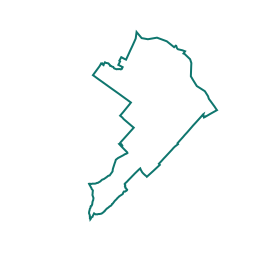 the district of Lipanesti, Prahova, Romania, rotated 127°
{"feature_id": "2599482B42287242425704", "entity_name": "Lipanesti", "entity_type": "district", "adm_level": 2, "iso_a3": "ROU", "parent_name": "Romania", "parent_adm1": "Prahova", "projection": "robinson", "projection_center": [26.047, 45.053], "detail": "fine", "context": "isolated", "style": "outline", "palette": "teal", "viewbox_px": 256, "rotation_deg": 127, "n_neighbors": 0, "source": "geoboundaries", "source_scale": "gbopen_adm2", "svg_char_len": 5224}
<svg xmlns="http://www.w3.org/2000/svg" viewBox="0 0 256 256"><g transform="rotate(127 128 128)"><path d="M46.2,178.9L51.9,175.7L55.3,174.9L59.3,174.0L63.1,173.2L64.6,172.9L69.5,171.8L74.6,170.7L75.0,172.8L75.5,176.0L79.5,175.4L79.6,174.4L83.4,173.7L82.6,168.9L84.0,168.6L84.0,168.8L84.5,168.8L84.9,168.8L85.2,168.9L85.4,168.9L85.5,169.0L85.9,170.0L86.1,170.3L86.9,171.3L87.5,172.1L87.9,172.4L88.0,172.6L88.1,172.9L88.3,173.6L88.6,174.5L88.7,174.9L88.7,175.1L88.4,175.7L88.3,176.1L88.1,176.5L88.6,177.7L88.6,178.7L88.6,178.9L88.7,179.1L89.0,179.4L89.1,179.5L89.1,179.8L88.8,180.3L88.6,180.4L88.6,180.5L88.5,180.8L88.5,181.2L88.5,181.3L88.5,181.5L88.3,181.8L88.3,182.0L88.2,182.4L88.2,182.5L88.3,182.6L88.3,182.8L88.5,183.2L88.9,184.1L89.2,184.6L89.3,185.0L89.4,185.4L89.4,185.9L90.7,185.8L91.3,185.8L91.6,185.7L92.1,185.5L92.5,185.4L92.5,186.8L91.9,186.8L91.9,187.5L92.6,187.5L92.7,188.3L93.5,188.2L93.9,188.1L95.2,188.0L95.7,187.9L105.9,187.8L106.9,187.8L106.8,181.0L106.4,164.7L106.3,161.3L106.2,157.6L105.9,141.0L107.6,141.0L118.2,141.4L122.9,141.7L122.9,140.5L123.0,140.3L123.0,140.1L123.0,139.8L123.0,139.3L123.0,138.9L123.1,138.7L123.2,138.2L123.3,137.6L123.4,137.2L123.5,136.9L124.3,123.6L126.6,123.8L129.9,124.1L133.5,124.4L142.7,125.2L143.7,125.3L144.8,125.3L145.0,123.3L145.5,123.4L145.7,121.8L146.3,121.9L145.9,125.4L146.1,125.5L146.8,121.6L147.9,114.0L148.3,113.4L149.0,113.6L150.6,114.5L150.9,114.8L151.1,114.9L151.4,115.0L152.0,115.1L154.4,116.2L158.0,117.9L158.8,118.1L160.7,118.6L162.8,117.8L164.2,117.4L165.9,116.8L168.5,115.9L169.9,115.4L171.5,114.5L172.0,114.2L176.5,114.1L177.0,114.1L177.5,114.6L178.0,114.9L178.4,115.1L178.9,115.2L179.7,115.4L180.3,115.5L180.6,115.7L181.4,115.9L182.5,116.3L183.2,116.5L183.7,116.8L183.9,116.9L184.3,117.2L184.7,117.5L185.1,117.6L185.5,117.7L187.4,118.0L187.8,118.2L188.8,118.6L189.4,118.9L190.1,119.1L190.5,119.7L191.0,120.0L191.4,120.2L191.7,120.3L192.0,120.6L192.2,120.8L192.6,121.2L193.0,121.7L193.9,123.0L194.1,123.1L194.3,123.2L194.6,123.4L195.1,124.3L195.6,125.1L196.0,125.5L196.3,125.0L196.7,124.0L197.0,123.3L197.4,122.5L197.8,121.5L197.9,121.2L198.1,121.0L198.4,120.5L198.6,120.2L198.7,119.6L198.8,119.1L199.0,118.7L199.2,118.3L200.0,117.9L200.8,117.4L201.2,117.1L202.0,116.6L202.6,116.3L203.0,116.0L203.5,115.2L203.9,114.7L204.1,114.3L204.3,114.0L204.5,113.7L204.7,113.4L204.9,113.3L205.7,112.9L206.2,112.6L206.6,112.4L206.9,112.3L207.4,112.2L207.9,112.1L209.2,111.4L209.5,111.3L210.0,110.9L210.4,110.7L211.2,110.5L211.8,110.3L212.1,110.3L212.7,110.7L212.9,110.7L213.1,110.7L213.7,110.2L213.9,110.1L214.1,110.0L214.6,109.9L215.0,109.9L215.4,109.9L215.8,109.7L216.8,109.2L217.7,108.9L217.9,108.8L218.1,108.7L218.8,108.3L219.1,108.1L219.3,108.0L219.7,107.6L220.4,106.4L220.7,106.1L221.0,105.7L221.4,105.3L221.6,105.3L221.8,105.1L222.4,104.5L222.5,104.4L223.0,104.2L223.2,103.9L223.3,103.4L223.6,103.1L223.0,103.1L222.4,103.3L221.4,103.3L221.1,103.3L220.9,103.2L220.3,102.9L220.1,103.0L219.8,103.1L217.2,103.6L216.6,103.7L216.6,103.0L216.5,102.3L216.4,101.8L216.2,101.7L216.0,101.4L215.9,101.2L215.4,100.5L215.2,100.3L214.9,100.2L214.2,99.5L213.8,98.9L213.7,98.9L213.3,98.5L212.5,97.8L212.3,97.6L212.1,97.5L211.4,97.4L211.1,97.2L210.5,97.1L210.0,96.9L209.4,96.8L209.0,96.8L208.8,96.8L208.5,96.6L208.3,96.7L208.0,96.7L207.3,96.6L206.7,96.6L206.4,96.6L206.1,96.5L205.4,96.4L204.7,96.3L203.7,95.9L203.3,95.8L202.3,95.6L202.0,95.6L201.7,95.5L200.4,94.9L199.5,94.8L199.3,94.8L199.0,94.8L198.5,94.9L198.3,95.0L198.0,94.8L197.7,94.7L197.0,94.7L196.6,94.7L196.1,94.7L195.7,94.7L194.9,94.7L194.1,94.7L191.6,94.3L191.2,94.3L190.4,94.3L189.1,94.0L188.5,94.0L188.2,93.9L187.9,93.9L184.6,92.7L183.9,92.5L183.7,92.5L182.9,92.8L182.4,93.0L182.0,93.0L181.1,93.0L180.6,92.1L180.2,92.0L179.7,91.8L179.1,91.5L178.7,91.4L178.0,91.4L177.8,91.5L177.7,91.6L177.7,92.1L177.7,92.3L177.7,92.5L177.7,92.8L177.5,93.0L177.4,93.3L177.3,93.5L177.4,93.8L177.2,94.0L177.2,94.3L177.1,94.5L176.9,94.7L176.7,94.6L176.5,94.9L176.4,95.0L176.3,95.5L176.0,95.6L175.6,95.6L175.4,95.8L175.2,95.9L175.1,96.2L175.0,96.4L175.0,96.6L174.9,96.8L174.7,97.0L173.9,96.9L173.4,96.9L172.6,96.7L172.0,96.6L171.5,96.5L169.3,96.3L165.6,95.8L163.8,95.6L161.5,95.3L160.5,95.2L154.8,94.3L153.2,94.0L152.9,93.9L153.3,93.3L154.0,92.0L154.2,91.4L154.6,90.6L154.9,89.7L155.1,88.6L155.2,88.0L155.3,86.8L155.4,85.8L155.4,85.1L155.4,84.4L155.6,83.6L147.3,82.0L138.3,80.4L138.0,81.8L134.5,81.4L130.8,81.1L128.3,80.8L118.6,79.8L116.8,79.7L115.5,79.5L114.7,79.4L110.8,78.3L110.4,79.3L106.3,79.0L101.8,78.6L99.9,78.5L98.7,78.4L95.7,78.1L86.6,77.5L82.6,77.1L77.0,76.6L74.6,76.4L71.8,76.2L71.5,76.1L71.8,76.0L72.1,75.9L72.4,75.8L72.8,75.5L73.0,75.4L73.2,75.2L73.3,75.1L73.2,74.6L73.1,74.3L73.0,74.2L73.4,74.1L73.6,74.1L73.9,73.7L73.2,73.3L67.0,70.7L60.2,67.7L60.1,68.1L59.3,70.4L58.9,71.5L57.7,75.4L56.1,80.8L55.5,81.8L54.5,83.1L53.3,86.3L52.4,88.6L52.4,89.0L52.4,89.5L52.5,90.7L52.7,93.4L53.1,98.3L50.7,104.5L48.9,108.9L40.2,115.0L38.0,116.5L35.7,119.8L34.8,127.3L35.1,128.5L32.4,128.6L33.2,131.3L34.3,133.8L35.0,135.4L35.0,135.7L35.0,136.1L34.9,136.5L34.8,136.8L34.5,137.4L33.6,138.6L33.4,139.0L33.5,139.4L35.7,139.8L35.4,149.2L38.4,159.2L45.1,165.5L48.0,171.2L46.2,178.9Z" fill="none" stroke="#0f766e" stroke-width="2"/></g></svg>